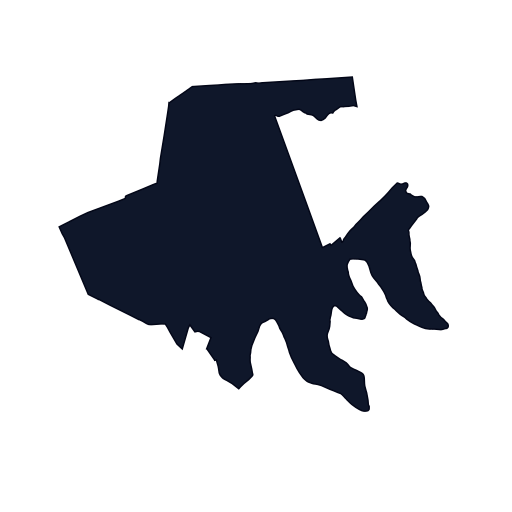 the district of Bujoreni, Teleorman, Romania, rotated 343°
{"feature_id": "2599482B13275813753420", "entity_name": "Bujoreni", "entity_type": "district", "adm_level": 2, "iso_a3": "ROU", "parent_name": "Romania", "parent_adm1": "Teleorman", "projection": "orthographic", "projection_center": [25.677, 44.129], "detail": "fine", "context": "isolated", "style": "filled", "palette": "ink", "viewbox_px": 512, "rotation_deg": 343, "n_neighbors": 0, "source": "geoboundaries", "source_scale": "gbopen_adm2", "svg_char_len": 6130}
<svg xmlns="http://www.w3.org/2000/svg" viewBox="0 0 512 512"><g transform="rotate(343 256 256)"><path d="M84.4,243.6L92.2,251.0L92.3,251.2L92.5,251.0L101.7,260.0L118.7,276.1L125.3,282.5L125.5,282.4L128.5,285.2L131.5,288.5L133.1,289.9L134.2,290.4L135.8,291.0L145.4,293.2L149.4,294.5L150.5,298.4L151.5,303.5L154.7,317.1L158.3,323.3L170.2,305.0L172.6,302.5L175.4,310.7L178.2,310.9L179.9,311.7L189.1,320.9L181.7,330.3L181.9,330.4L186.0,343.2L186.0,343.7L187.7,343.8L187.6,350.1L187.4,352.1L186.7,356.9L186.7,357.7L187.0,359.7L188.2,362.5L188.9,363.6L190.5,365.3L191.7,366.4L195.9,371.0L200.7,377.9L203.0,376.5L207.3,374.3L212.8,372.1L217.0,369.8L218.0,369.0L218.3,368.3L218.4,366.3L218.8,363.2L219.4,355.9L219.9,353.7L220.8,351.1L221.2,349.4L222.5,347.0L223.8,343.8L225.9,340.3L231.2,333.7L235.8,328.7L239.0,324.0L240.7,322.5L242.0,321.8L243.0,321.5L245.3,321.3L248.9,320.5L250.3,320.0L251.1,320.0L252.9,320.3L254.4,320.8L255.4,321.8L255.9,322.6L256.2,323.3L256.7,325.2L257.5,329.4L257.6,332.2L258.0,333.9L258.5,335.7L258.8,337.0L259.1,339.5L259.2,341.8L259.5,343.2L259.9,347.8L259.8,352.0L259.9,355.8L259.8,357.9L260.2,363.3L261.2,369.3L261.6,371.4L262.3,375.5L263.4,380.0L264.8,384.3L265.4,386.1L266.3,387.8L268.0,390.5L269.1,391.7L272.8,394.5L274.0,395.2L275.2,395.7L277.5,396.9L280.7,399.0L287.6,405.0L291.2,407.8L294.4,410.5L296.7,412.2L297.2,412.8L297.8,413.7L298.9,415.8L299.8,417.8L300.5,419.0L300.9,420.0L303.3,424.4L304.3,426.0L307.2,429.9L310.0,433.0L312.1,434.9L313.9,435.9L315.6,436.4L316.9,436.6L317.9,436.6L318.8,436.1L319.2,435.8L319.5,435.2L320.2,433.1L320.2,432.4L320.0,431.5L320.0,430.8L320.9,426.8L321.3,423.5L321.8,419.1L321.8,417.1L322.0,412.1L322.4,409.9L323.8,404.5L324.1,402.4L324.0,401.3L323.8,400.4L323.4,399.7L322.8,398.8L318.6,394.7L316.3,392.8L313.6,390.1L312.9,388.7L312.0,386.4L311.0,384.5L308.0,381.0L306.5,379.7L302.3,374.4L300.1,371.3L299.9,370.4L299.6,368.4L299.7,366.0L299.7,362.6L300.2,358.9L300.2,356.6L300.3,354.9L300.7,353.0L301.4,351.4L302.0,350.5L304.6,347.1L305.9,344.8L307.7,340.3L307.9,338.7L308.3,338.0L309.2,336.3L310.3,334.5L312.0,330.9L312.7,329.5L313.9,327.8L315.0,327.0L316.1,326.4L317.5,326.8L318.5,327.5L321.3,332.4L321.9,333.2L323.8,336.4L324.6,337.5L326.2,339.4L327.6,340.8L329.2,342.0L331.1,343.6L334.0,344.9L338.1,347.2L339.1,347.5L340.9,347.5L341.7,347.2L342.1,346.9L342.7,345.9L343.5,345.0L344.3,343.7L344.8,343.2L345.7,341.5L346.7,339.9L347.2,338.3L347.0,334.4L346.9,333.6L346.4,331.4L346.1,330.8L345.1,326.3L344.8,325.6L344.2,325.0L343.4,323.6L342.0,320.5L340.7,316.5L339.9,313.1L339.6,307.6L339.1,304.0L339.0,302.2L339.1,301.4L339.0,301.1L339.3,299.1L339.5,298.6L339.5,296.3L339.7,294.5L339.8,293.5L340.4,291.4L341.0,290.4L342.7,288.4L344.9,286.5L347.7,287.0L351.2,288.2L352.5,288.6L357.9,291.1L358.7,291.6L359.3,292.1L360.2,294.0L360.5,294.6L361.1,298.8L361.0,305.5L361.3,308.4L361.6,309.6L362.3,311.7L364.4,316.6L365.0,318.7L366.3,321.9L367.6,326.5L368.0,328.2L368.5,331.4L368.5,334.1L368.9,336.9L368.8,337.1L368.9,337.9L369.5,340.3L369.7,340.7L369.9,341.3L370.5,342.8L371.8,345.5L373.2,347.5L374.2,349.5L376.7,353.7L377.9,355.3L380.5,358.3L381.6,360.3L384.3,363.8L385.8,365.4L387.6,367.3L389.5,368.9L391.9,371.1L394.2,373.0L396.9,374.9L400.6,376.6L402.4,377.1L403.7,377.6L404.9,377.9L411.3,380.5L413.2,380.7L415.5,380.7L417.2,381.0L417.6,380.9L418.7,380.3L419.1,379.8L419.5,378.8L419.6,377.4L419.5,376.9L418.8,375.5L417.9,374.1L417.0,371.9L416.3,370.7L414.9,368.9L413.8,366.3L413.5,365.5L413.3,363.9L412.2,361.2L411.5,357.4L411.0,356.1L410.1,354.2L409.2,351.8L408.0,350.0L406.7,347.1L406.4,345.7L405.5,343.4L405.3,342.0L405.3,341.3L405.4,340.0L405.1,337.1L405.1,335.8L405.4,334.7L405.5,332.6L405.9,329.0L405.8,328.3L406.4,324.9L406.6,323.3L406.5,320.6L406.3,319.0L406.5,317.4L406.4,313.4L406.5,310.5L406.3,309.3L406.3,306.8L405.9,305.5L405.3,303.8L405.0,302.8L404.8,300.8L404.9,298.6L405.0,298.0L405.2,295.8L405.4,294.4L405.8,293.0L406.3,291.7L407.3,288.9L407.7,285.9L408.0,285.0L408.2,282.2L408.5,280.2L408.9,278.9L409.0,278.7L409.2,277.5L409.1,276.2L409.5,275.6L410.0,275.1L411.2,274.3L413.6,272.4L420.5,267.5L421.3,266.7L422.2,266.2L424.0,265.5L426.8,264.8L430.6,263.4L433.6,261.9L434.6,260.8L435.5,259.4L435.7,258.7L435.7,258.0L435.5,256.4L434.9,254.3L434.4,251.5L434.1,250.3L433.2,249.0L432.2,247.7L431.3,247.3L428.6,246.8L428.1,246.8L425.2,245.9L424.4,245.3L422.3,243.1L421.6,241.8L420.5,241.3L418.9,240.3L418.6,240.0L418.4,239.5L418.2,238.6L418.2,237.4L418.3,236.8L419.6,235.4L420.7,234.5L421.3,233.8L421.7,233.1L422.0,231.7L421.9,231.3L421.6,230.8L421.2,230.2L420.6,229.9L419.6,229.7L417.0,230.0L415.9,229.8L414.8,229.3L413.3,228.0L412.4,227.5L406.2,230.7L401.2,233.9L396.7,236.5L390.9,239.5L389.9,239.9L383.6,242.9L376.3,246.8L370.2,249.8L366.1,252.3L360.8,255.1L358.1,257.0L355.1,258.4L353.1,259.5L350.1,261.6L346.8,264.3L345.5,265.1L344.8,265.7L343.7,267.2L342.3,268.1L342.1,268.0L342.0,267.4L341.8,263.6L341.6,263.2L330.9,267.8L330.3,266.0L322.7,267.3L321.9,267.3L321.9,266.6L319.6,221.0L314.7,127.6L314.8,127.3L315.3,127.2L316.2,127.3L317.9,128.8L319.1,129.2L324.2,128.7L328.8,128.4L331.7,127.8L334.4,127.5L339.4,128.1L340.4,128.4L341.3,129.2L342.1,130.2L343.1,131.7L343.7,132.3L344.1,132.9L344.4,133.2L345.0,133.5L345.4,133.8L346.4,135.2L350.0,137.0L351.0,137.6L351.9,138.4L352.7,139.6L354.6,142.9L355.9,144.4L357.2,145.1L358.2,145.4L360.3,145.1L362.5,144.3L365.2,142.3L367.1,141.2L368.8,140.9L369.5,140.9L370.1,141.1L371.2,141.7L372.2,140.8L372.6,140.5L374.5,139.6L375.7,139.4L379.9,137.9L381.3,138.1L383.3,138.8L384.8,139.0L388.3,139.9L393.2,140.6L396.2,142.6L396.9,136.3L400.4,113.0L374.2,106.9L364.2,104.4L352.2,101.8L343.0,99.5L312.3,92.1L309.9,91.7L308.5,91.3L306.2,90.2L303.7,90.0L301.1,89.6L293.7,87.5L291.3,86.7L287.7,85.7L276.6,82.9L270.0,81.5L261.1,79.3L244.6,75.4L233.1,79.2L225.0,81.7L217.8,84.2L217.6,84.0L216.2,87.4L213.5,93.1L203.5,113.8L193.2,134.6L191.0,139.7L183.5,155.4L182.7,157.5L180.6,157.5L178.2,157.7L167.6,158.8L150.4,160.4L149.2,160.6L148.8,160.8L148.6,161.0L147.9,162.7L147.2,162.8L140.5,163.4L108.0,165.3L99.5,166.5L76.3,170.6L77.2,178.0L78.2,182.5L84.4,243.6Z" fill="#0f172a" stroke="#020617" stroke-width="1.5"/></g></svg>